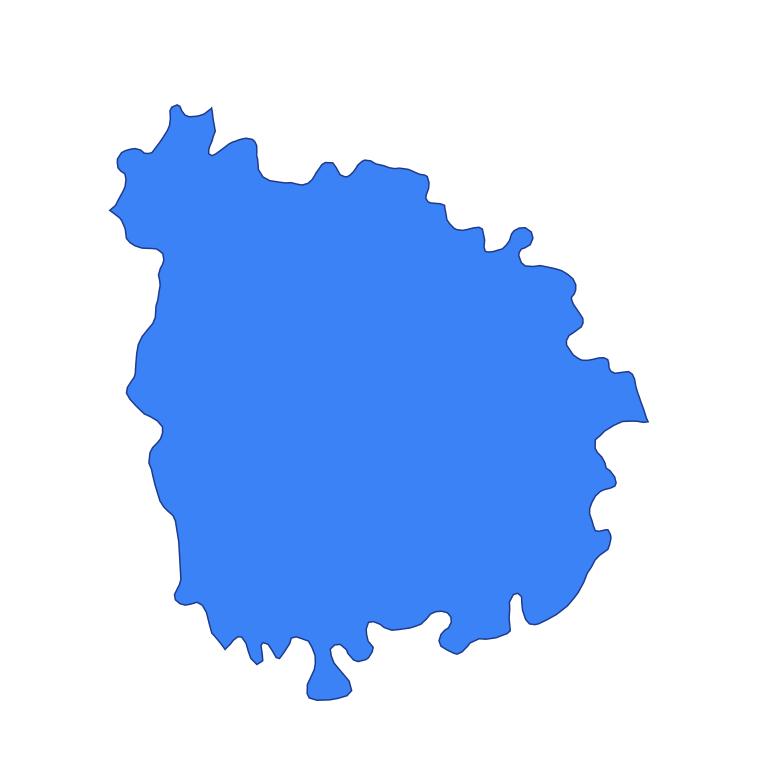 the district of Dzyarzhynsk, Minsk, Belarus, rotated 352°
{"feature_id": "67162791B81421428715601", "entity_name": "Dzyarzhynsk", "entity_type": "district", "adm_level": 2, "iso_a3": "BLR", "parent_name": "Belarus", "parent_adm1": "Minsk", "projection": "albers", "projection_center": [27.165, 53.703], "detail": "fine", "context": "isolated", "style": "filled", "palette": "blue", "viewbox_px": 768, "rotation_deg": 352, "n_neighbors": 0, "source": "geoboundaries", "source_scale": "gbopen_adm2", "svg_char_len": 5111}
<svg xmlns="http://www.w3.org/2000/svg" viewBox="0 0 768 768"><g transform="rotate(352 384 384)"><path d="M640.3,458.2L639.2,454.7L638.3,449.5L637.5,444.8L635.8,437.2L634.9,432.1L634.0,428.2L633.0,421.0L632.8,414.0L631.3,408.9L628.0,405.8L623.0,405.6L618.1,405.6L614.1,405.5L610.2,402.7L609.1,399.0L609.5,394.6L608.9,390.9L605.2,388.5L600.0,388.1L594.2,388.7L588.7,388.9L583.3,388.0L579.9,385.7L575.5,381.7L572.5,375.7L570.2,370.8L570.7,366.3L574.0,361.7L578.4,359.7L582.6,357.4L587.2,355.0L589.6,351.3L590.0,346.7L587.1,340.4L585.5,337.2L582.7,331.4L581.6,327.2L581.6,324.3L584.9,321.3L586.9,317.6L587.7,312.5L585.8,306.3L581.5,301.3L575.7,296.5L569.4,293.6L559.0,289.8L555.2,288.5L548.0,288.4L540.3,286.8L536.9,283.0L535.3,275.6L536.2,272.5L538.8,269.5L542.7,268.7L548.3,266.3L551.8,260.3L551.0,254.0L545.6,248.9L539.6,248.4L534.0,250.4L531.2,253.2L528.2,259.5L524.4,263.5L520.0,266.7L514.6,267.4L510.7,268.1L505.1,267.8L502.7,266.6L502.1,262.0L503.7,255.5L503.3,248.9L503.0,244.3L499.8,242.0L494.0,241.9L488.1,242.6L483.1,242.8L477.4,241.2L474.9,239.4L471.2,234.2L469.1,230.0L469.1,226.0L468.7,218.1L468.9,215.6L465.6,213.7L464.2,213.2L455.7,211.3L453.1,209.9L451.2,206.0L452.2,202.5L455.4,196.5L456.6,190.9L455.7,184.6L453.6,182.9L448.5,181.3L443.6,178.3L441.3,176.8L437.8,174.8L429.4,172.4L424.5,172.2L419.1,170.5L414.4,167.9L406.5,164.9L401.9,161.2L396.0,159.6L393.2,160.5L388.6,163.5L386.2,166.5L383.0,169.8L379.5,172.4L376.0,173.8L373.4,173.0L369.7,170.7L368.3,167.2L366.7,163.0L364.1,157.9L356.7,156.5L352.9,158.2L349.9,161.6L346.2,165.4L344.3,168.0L341.2,171.7L336.8,174.7L330.6,175.6L325.2,173.8L320.1,171.7L314.5,171.2L309.3,169.8L299.3,166.8L293.0,162.2L289.5,154.3L289.9,148.7L290.1,143.8L289.7,139.8L290.4,136.3L291.1,130.2L289.7,125.8L287.6,123.4L281.5,121.4L275.6,121.8L270.1,123.0L267.9,123.3L264.0,124.7L259.6,127.2L254.9,129.8L249.3,132.8L245.6,134.0L242.5,131.7L243.0,128.0L244.2,124.9L247.7,119.1L249.2,115.4L252.1,110.2L251.6,96.9L251.8,92.2L251.7,86.8L251.4,87.1L243.5,91.6L237.5,92.7L234.9,92.7L228.5,92.3L224.4,90.1L221.8,85.5L220.6,80.7L218.0,78.8L212.4,80.3L210.1,83.6L209.4,91.5L207.5,98.3L204.8,102.8L199.5,109.1L195.8,113.2L191.3,117.7L186.4,122.6L183.0,123.0L178.9,122.2L175.5,118.4L170.2,116.2L165.7,116.2L160.5,116.9L156.3,118.4L151.4,124.0L150.7,127.7L150.7,133.0L152.9,136.4L156.6,139.8L157.0,145.4L155.1,152.5L152.5,156.7L146.4,164.9L143.0,169.8L136.6,173.9L141.6,178.8L145.5,182.9L147.1,186.0L149.3,194.2L149.2,204.1L152.4,208.9L156.7,212.5L163.2,215.7L169.4,216.9L172.5,217.4L177.6,218.6L180.7,221.5L183.1,224.1L183.3,230.4L181.4,234.7L178.5,238.6L175.8,244.8L176.3,250.4L176.0,255.4L173.8,262.2L171.7,269.4L169.2,274.7L168.0,280.5L166.8,286.2L163.4,292.0L158.8,296.1L151.1,303.3L146.2,310.7L143.3,319.6L141.3,328.6L139.1,339.2L137.6,342.5L133.8,346.6L129.4,351.7L127.7,357.2L130.3,363.7L135.4,371.2L142.6,380.4L148.1,383.8L154.4,388.9L158.7,395.7L157.9,401.7L155.0,407.3L151.1,410.9L146.1,414.7L142.7,419.5L140.2,429.4L141.9,436.4L142.3,442.5L143.3,452.6L144.7,461.3L145.9,468.6L148.7,474.9L151.9,479.3L156.7,484.8L158.4,490.6L158.8,511.7L156.7,537.1L155.7,549.2L153.5,554.2L150.9,557.9L147.2,563.4L147.4,568.7L151.3,573.1L156.4,575.3L161.9,575.1L168.5,574.1L173.3,577.8L176.4,585.6L177.6,597.2L178.8,606.6L181.9,611.2L186.3,618.3L189.7,624.8L191.3,623.4L195.3,620.5L199.1,616.8L204.3,613.9L207.8,614.8L211.3,621.5L212.4,629.6L213.9,637.1L219.1,644.1L225.4,641.2L225.8,635.4L225.8,625.8L228.1,623.2L233.0,625.6L236.5,633.1L239.1,639.8L242.3,641.3L247.8,635.7L254.5,627.9L256.8,622.7L261.7,622.1L266.1,624.2L273.3,628.0L275.9,634.3L278.0,643.3L277.1,651.2L275.3,657.0L271.8,662.5L266.3,670.9L264.8,679.9L266.3,684.5L273.5,687.8L286.0,689.2L294.7,688.9L304.0,687.5L309.3,683.1L308.1,673.3L303.5,666.0L298.8,658.5L295.6,653.2L293.9,645.7L293.9,639.0L298.9,635.5L304.4,635.8L309.9,641.9L310.7,645.7L315.4,653.0L319.7,655.3L327.6,654.4L330.5,653.0L335.1,647.5L336.6,643.1L332.5,636.4L331.9,630.1L332.2,624.3L335.4,617.9L340.6,617.9L346.7,621.4L350.2,625.1L357.5,628.9L364.1,629.2L375.5,629.2L381.3,628.3L387.3,626.9L393.1,622.8L398.1,618.2L403.6,616.7L409.4,617.0L414.9,619.3L417.8,624.0L417.5,629.2L414.0,634.4L409.7,636.4L405.6,639.9L402.7,646.0L403.9,651.5L409.1,655.9L415.5,660.2L418.7,661.7L423.9,660.2L430.3,655.3L433.2,652.4L442.8,649.5L449.5,650.9L459.6,650.9L466.0,649.4L471.2,648.3L474.7,645.9L475.0,639.5L475.3,633.2L477.3,623.6L477.8,617.5L482.8,610.5L487.4,609.9L490.6,613.7L490.0,620.4L489.7,627.3L491.5,636.9L494.7,641.8L499.9,643.3L503.7,643.0L512.1,640.3L522.6,636.3L534.7,629.3L542.5,622.3L547.2,617.6L554.1,608.3L559.0,599.6L563.9,594.1L568.5,587.7L573.7,583.6L582.7,578.9L585.0,574.6L587.3,568.2L587.3,564.7L585.5,559.5L583.5,559.2L580.3,559.5L576.5,559.8L572.8,558.7L571.6,553.5L571.0,548.6L569.5,541.3L570.4,535.8L573.5,530.0L577.9,524.2L583.4,520.4L587.7,519.2L593.8,518.6L598.4,517.2L600.1,514.3L599.5,508.2L595.7,501.3L592.2,498.1L591.9,493.2L589.6,486.8L585.8,481.6L584.1,477.0L585.5,468.6L591.0,465.1L595.9,461.3L606.0,456.9L614.9,454.3L623.3,455.1L629.1,456.0L635.2,458.0L640.3,458.2Z" fill="#3b82f6" stroke="#1e3a8a" stroke-width="1.5"/></g></svg>